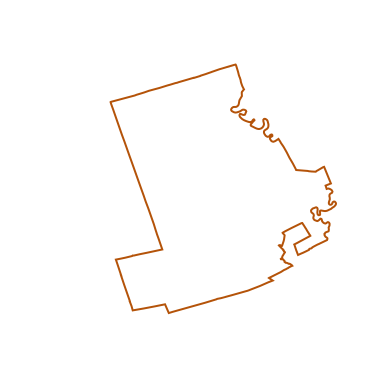 the district of Luciu, Buzau, Romania, rotated 52°
{"feature_id": "2599482B85602684300411", "entity_name": "Luciu", "entity_type": "district", "adm_level": 2, "iso_a3": "ROU", "parent_name": "Romania", "parent_adm1": "Buzau", "projection": "natural_earth1", "projection_center": [27.091, 44.965], "detail": "fine", "context": "isolated", "style": "outline", "palette": "amber", "viewbox_px": 384, "rotation_deg": 52, "n_neighbors": 0, "source": "geoboundaries", "source_scale": "gbopen_adm2", "svg_char_len": 5900}
<svg xmlns="http://www.w3.org/2000/svg" viewBox="0 0 384 384"><g transform="rotate(52 192 192)"><path d="M273.1,284.8L274.5,281.1L287.4,249.7L291.6,238.8L291.7,238.0L293.5,234.5L298.6,222.3L303.4,210.5L304.0,209.1L304.5,207.6L304.8,206.5L307.5,197.6L308.0,195.9L310.2,187.2L310.8,185.3L311.5,182.9L307.1,184.3L307.1,184.1L307.2,183.8L307.3,183.5L309.8,171.0L310.1,167.8L310.4,166.4L310.6,165.9L310.8,164.3L311.1,163.1L311.0,162.8L311.2,161.5L311.6,159.4L311.9,158.4L311.3,158.4L311.0,158.4L309.2,159.0L308.8,159.2L308.5,159.4L308.2,159.9L307.9,160.1L307.5,160.2L306.4,160.8L305.9,161.2L305.5,161.7L305.3,161.8L304.9,161.7L304.7,161.8L304.2,162.1L303.9,162.1L303.4,161.6L303.2,161.5L302.5,161.6L301.8,161.8L301.4,161.7L301.1,161.7L300.8,161.8L300.5,162.0L300.1,162.9L299.7,163.3L299.4,163.2L299.4,162.1L299.3,161.6L299.2,161.3L299.0,161.1L298.6,160.7L298.4,160.5L298.2,160.1L298.0,159.3L297.7,158.7L297.0,156.8L296.8,155.9L296.7,155.8L295.7,156.1L295.3,156.1L294.9,155.8L294.7,155.7L294.6,155.8L294.1,156.0L293.7,155.7L292.9,155.7L292.4,155.8L292.0,156.0L291.5,156.1L291.1,156.1L290.8,156.0L290.5,156.0L290.1,156.1L289.1,156.3L287.6,156.4L287.6,156.0L288.1,155.3L289.9,154.3L289.9,154.2L287.1,150.0L285.9,148.5L285.1,147.7L283.5,146.0L283.2,145.7L282.9,145.6L280.1,145.8L279.9,145.7L280.3,142.8L281.7,135.5L283.9,125.1L284.1,124.5L284.3,124.2L287.9,124.5L290.8,124.8L291.3,124.8L293.1,125.1L297.1,125.5L297.6,125.6L299.1,125.6L299.4,125.7L299.3,126.5L298.6,130.4L296.9,140.5L296.3,143.7L296.8,143.8L297.5,144.1L302.6,145.9L303.7,146.2L305.5,146.8L306.9,147.2L307.8,143.5L308.2,142.1L308.8,139.4L309.6,135.5L309.4,135.3L309.2,134.9L309.1,134.5L309.2,134.1L309.8,132.9L309.9,132.5L309.9,132.1L309.7,131.3L310.0,129.3L310.7,125.4L311.2,123.6L311.2,123.4L312.0,119.8L313.0,115.2L312.4,114.2L311.8,113.8L311.2,113.8L309.6,114.3L308.8,114.3L307.9,114.2L307.4,114.0L307.1,113.6L306.8,113.6L306.5,113.4L306.4,112.6L306.1,111.9L306.3,110.9L307.0,108.7L306.9,108.4L306.3,107.7L305.7,107.2L304.8,106.6L304.1,106.2L303.5,105.0L302.9,104.1L301.7,103.1L300.8,102.9L300.1,103.0L299.4,103.4L299.2,104.4L299.2,105.6L298.9,106.4L297.7,107.2L296.8,107.4L295.9,107.5L295.0,107.4L294.0,106.9L293.0,106.6L292.7,106.7L292.1,107.2L292.1,107.7L292.3,108.4L292.3,109.3L292.3,110.3L292.0,111.2L290.8,112.0L289.7,112.6L289.0,112.8L287.9,112.7L287.3,112.5L286.7,112.0L286.1,111.2L285.7,110.6L285.1,110.2L284.3,109.9L283.7,109.9L282.9,110.1L281.6,110.4L280.9,110.2L280.1,109.8L279.7,109.3L279.5,108.5L279.4,107.5L279.4,106.8L280.0,105.1L280.1,104.7L280.2,104.2L280.6,103.5L281.6,103.1L282.6,103.4L283.3,103.9L284.1,104.7L284.6,105.2L285.1,105.7L286.1,106.3L286.9,106.7L287.2,106.7L287.7,106.7L288.2,106.5L288.5,106.1L288.8,105.3L288.4,104.7L285.9,103.0L285.7,102.5L285.9,101.8L286.0,101.7L288.4,99.5L289.1,98.7L289.8,97.4L290.1,96.4L290.5,94.4L290.8,93.3L290.9,92.4L290.8,91.2L291.0,89.0L290.9,88.2L290.6,86.8L290.0,85.8L289.3,85.4L288.5,85.3L287.6,85.4L287.0,85.9L286.8,86.3L286.7,87.2L286.8,87.8L287.5,88.6L287.7,89.8L287.5,90.4L287.0,91.1L286.8,91.2L286.2,91.4L285.5,91.3L284.7,90.8L284.2,90.2L283.7,89.6L283.2,88.7L282.6,87.9L281.6,87.2L280.8,86.7L280.0,86.4L279.4,85.9L278.8,85.2L278.5,84.1L278.7,82.8L278.8,82.0L278.1,81.0L276.7,80.8L276.3,80.8L274.9,81.3L273.4,82.2L272.9,83.0L272.5,84.0L269.2,82.8L270.8,77.3L253.5,72.4L253.2,73.2L252.3,80.0L252.1,80.9L252.2,82.0L249.5,85.1L247.6,87.1L246.7,87.8L238.8,96.4L237.7,96.1L231.7,95.0L224.9,94.1L219.4,93.0L214.1,92.2L212.6,92.0L207.7,91.7L207.0,91.5L206.0,91.4L203.4,91.2L203.1,95.1L202.9,95.7L202.6,96.8L202.0,97.4L200.9,98.0L199.4,98.0L198.1,97.8L197.5,97.4L197.3,96.8L197.2,95.6L197.4,94.8L197.4,94.3L196.7,93.7L195.9,93.7L195.5,94.1L195.3,95.0L195.3,95.6L195.6,96.5L195.5,97.5L195.3,98.0L194.9,98.6L194.0,99.0L193.0,99.3L191.4,99.2L190.5,99.1L189.6,98.8L188.6,98.0L188.2,97.1L188.2,96.0L188.4,94.0L188.2,92.9L187.7,91.9L187.2,91.3L186.1,90.4L185.7,90.1L182.8,88.8L181.8,88.6L181.3,88.6L179.7,89.1L179.0,89.8L178.8,90.3L179.0,91.3L180.0,92.1L182.4,93.2L183.1,93.7L183.8,94.7L184.3,95.9L184.5,96.9L184.5,98.2L184.3,98.9L183.8,100.2L183.3,100.8L182.4,101.6L181.3,102.3L180.1,102.9L178.6,103.6L177.7,104.0L177.0,104.4L176.4,104.7L175.4,104.6L174.9,103.9L174.7,103.1L174.5,101.9L174.2,100.9L174.0,99.3L174.0,98.7L173.7,98.5L173.2,98.4L172.8,98.6L172.7,99.4L172.9,100.2L173.4,101.3L173.1,102.3L172.7,103.3L171.4,104.4L169.4,105.7L167.6,106.7L166.8,107.0L165.6,107.5L163.0,107.9L162.2,107.9L161.4,107.7L160.7,107.3L160.3,106.7L160.1,106.1L160.4,105.6L162.2,104.6L163.0,104.0L163.5,103.1L163.6,102.6L161.9,99.6L161.0,99.4L159.7,99.9L159.0,100.5L158.5,101.1L158.2,102.0L158.1,103.8L157.8,105.2L156.9,107.6L156.3,108.6L155.9,109.1L154.7,110.0L153.2,110.6L152.8,110.8L152.2,110.8L151.5,110.7L151.1,110.4L150.7,109.8L150.4,108.9L150.4,107.6L150.5,107.1L150.9,106.5L152.0,105.0L152.3,104.1L152.3,102.8L152.1,102.0L151.4,100.9L149.3,98.6L148.8,97.9L147.1,93.6L144.4,91.7L143.8,90.9L143.7,90.2L143.2,88.3L143.2,87.9L139.6,87.2L136.9,86.3L135.8,85.9L134.4,85.2L133.6,84.7L132.9,84.5L131.4,83.9L130.8,83.8L128.7,83.1L125.6,81.7L119.6,79.4L118.8,79.2L118.4,79.2L117.7,80.8L112.2,94.7L109.4,102.9L109.4,103.0L108.4,105.9L107.4,108.9L105.6,113.7L105.7,113.9L103.3,120.2L103.1,120.2L97.1,135.3L96.9,136.1L95.9,138.2L94.1,142.9L92.9,145.8L90.0,153.5L85.7,163.7L84.8,166.4L84.2,168.2L82.6,172.4L81.3,175.7L80.7,177.7L78.7,182.4L71.3,199.8L71.0,200.6L71.0,200.8L72.5,201.4L79.2,203.6L81.8,204.5L90.3,207.4L103.8,212.0L110.7,214.2L124.4,218.8L132.3,221.4L150.3,227.4L156.3,229.4L165.4,232.4L170.8,234.3L177.9,236.5L193.9,241.9L199.9,244.2L202.7,245.2L203.4,245.5L207.4,246.8L219.0,250.8L211.9,265.4L208.8,271.6L206.2,277.1L205.5,277.9L205.6,278.6L202.7,285.0L200.6,289.3L198.4,293.6L203.3,295.3L214.2,299.2L214.1,299.3L223.4,302.6L236.9,307.2L239.8,308.2L239.8,308.4L244.7,309.9L248.8,311.6L254.1,301.7L259.4,291.4L263.9,282.4L273.1,284.8Z" fill="none" stroke="#b45309" stroke-width="2"/></g></svg>